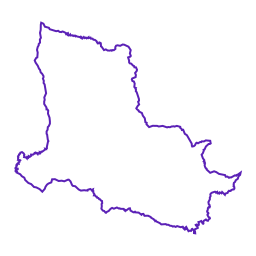 the district of Tha Wang Pha, Nan, Thailand
{"feature_id": "78962969B57935377717299", "entity_name": "Tha Wang Pha", "entity_type": "district", "adm_level": 2, "iso_a3": "THA", "parent_name": "Thailand", "parent_adm1": "Nan", "projection": "natural_earth1", "projection_center": [100.731, 19.144], "detail": "fine", "context": "isolated", "style": "outline", "palette": "violet", "viewbox_px": 256, "rotation_deg": 0, "n_neighbors": 0, "source": "geoboundaries", "source_scale": "gbopen_adm2", "svg_char_len": 5779}
<svg xmlns="http://www.w3.org/2000/svg" viewBox="0 0 256 256"><path d="M128.5,46.7L124.2,44.7L122.7,44.5L120.2,45.8L117.5,45.3L116.1,45.7L115.3,47.1L115.4,48.9L113.8,50.2L112.4,50.1L111.8,50.7L111.0,50.2L109.9,50.6L107.6,50.5L105.8,49.4L104.0,50.1L101.6,46.7L101.0,46.4L100.8,43.2L99.8,42.6L99.5,43.3L97.8,43.4L97.6,42.4L97.0,42.4L96.5,41.1L94.9,39.9L93.4,39.7L92.6,38.7L90.9,38.7L90.5,37.6L88.6,38.1L88.5,37.3L87.6,38.0L87.0,37.8L86.5,38.3L85.7,37.6L84.7,38.1L83.8,37.0L82.3,38.6L81.7,38.3L82.0,37.9L81.1,37.7L81.4,37.1L80.8,36.6L79.9,37.1L77.1,36.5L75.7,35.8L75.4,36.3L74.0,35.5L73.2,36.0L72.3,35.3L70.7,35.5L70.2,34.4L69.2,35.4L68.4,35.5L67.1,34.5L68.0,33.6L67.9,33.1L66.1,34.0L65.9,33.0L63.5,31.8L62.3,31.5L61.4,32.1L59.6,31.9L58.2,30.8L56.2,31.2L49.7,29.2L48.9,27.8L44.9,26.7L43.4,23.7L41.2,22.7L40.8,24.7L40.7,29.9L40.0,32.9L40.9,37.8L39.9,39.5L40.0,42.6L38.7,44.1L38.7,45.3L37.7,47.0L37.0,49.9L37.7,52.5L37.3,57.4L36.3,57.8L34.7,60.4L35.6,62.6L37.8,65.8L39.0,68.7L40.0,69.8L40.7,72.4L42.1,73.7L43.5,76.1L43.5,77.3L42.9,78.6L43.8,80.8L43.6,83.0L44.6,84.4L46.1,93.3L44.3,97.4L44.7,99.9L44.2,101.4L44.2,104.0L46.4,107.4L46.5,109.4L47.4,109.4L48.2,110.5L48.0,113.7L49.5,117.6L49.9,121.3L49.9,123.7L48.8,126.1L47.8,127.1L47.6,129.7L46.6,131.4L46.6,133.8L47.1,134.5L47.8,139.7L48.4,141.1L48.0,141.6L46.9,146.7L46.9,148.3L46.4,148.5L46.3,149.1L45.3,148.8L45.5,149.3L42.0,151.8L41.4,151.6L40.5,152.9L39.7,152.3L39.7,154.5L39.5,153.0L39.1,153.4L38.1,153.1L37.7,154.2L36.5,153.0L35.6,153.3L36.0,152.8L35.6,152.5L34.6,152.9L34.1,153.8L33.1,154.6L31.1,154.6L31.3,155.7L30.0,156.7L28.8,156.1L28.8,157.0L27.8,156.9L27.9,157.6L27.1,157.2L26.9,158.4L26.1,157.5L24.1,157.1L24.3,156.5L24.0,155.5L24.4,154.8L23.7,153.4L22.0,152.1L20.3,152.7L20.1,153.7L19.0,154.4L19.1,154.9L18.0,156.3L18.4,157.1L18.0,157.8L18.2,159.3L18.0,159.9L19.6,160.1L19.5,160.5L20.0,160.6L19.5,161.2L19.5,161.9L18.5,162.4L18.7,163.6L18.1,163.4L17.6,164.2L17.2,163.9L16.5,164.7L16.4,165.3L17.0,165.3L16.2,167.1L15.4,168.1L15.8,168.6L17.7,168.6L17.8,169.0L15.6,170.2L15.6,171.2L17.0,171.5L16.6,172.5L20.3,174.3L21.8,176.2L24.3,177.7L25.2,180.0L28.4,183.0L31.2,184.1L34.0,187.0L36.3,187.4L39.6,189.1L42.3,191.7L44.8,188.8L45.5,186.8L47.0,184.6L48.5,183.5L51.3,182.4L52.1,179.3L55.0,179.2L58.7,181.0L61.7,180.7L64.3,181.3L67.9,179.7L68.8,179.7L70.5,181.4L72.0,184.9L72.7,185.8L75.3,186.3L78.7,189.5L80.9,190.6L84.2,190.2L86.2,190.5L87.1,190.2L87.6,190.5L88.0,189.7L90.3,189.0L91.6,190.0L92.9,189.4L92.5,191.0L93.3,191.1L93.3,192.6L94.4,194.2L94.0,195.3L94.9,195.3L96.0,196.6L96.8,196.7L97.1,197.7L98.4,198.0L99.2,199.2L100.2,199.4L100.9,200.5L102.0,201.0L102.2,203.2L101.6,204.0L101.8,206.3L101.4,208.7L102.8,210.6L104.2,211.0L105.6,212.7L106.0,212.8L106.8,211.9L108.7,211.0L110.6,208.8L112.1,207.9L113.9,208.7L116.9,207.5L118.8,208.5L119.7,208.3L120.2,208.8L123.7,208.9L124.2,210.0L125.1,210.8L125.4,210.0L126.3,210.4L128.8,208.5L129.9,208.3L130.5,210.6L133.1,212.1L134.0,212.4L135.0,211.7L135.7,212.4L138.7,212.6L141.5,214.8L142.1,214.0L143.4,213.9L144.5,215.8L148.0,215.7L150.7,217.0L151.1,217.7L153.8,219.3L154.1,219.9L155.1,220.4L155.2,221.1L155.9,220.9L156.0,221.3L159.8,223.1L161.3,224.4L165.8,224.1L166.5,224.7L168.5,224.8L169.9,225.7L171.7,225.9L172.9,226.6L174.0,226.2L175.7,226.9L177.1,226.1L180.7,227.2L182.8,226.7L183.4,227.5L183.3,228.1L184.8,229.6L185.7,229.2L185.5,227.5L186.2,226.9L188.5,231.2L189.6,230.7L191.0,230.9L191.8,229.1L192.3,228.9L194.0,230.9L194.0,233.1L195.2,233.3L195.0,231.3L194.1,229.7L197.8,227.9L197.4,226.6L195.9,225.4L195.7,224.9L196.6,224.5L197.9,225.3L198.6,225.2L198.9,224.4L198.5,222.0L199.4,221.9L201.2,221.0L202.7,223.6L203.3,223.7L203.5,223.2L203.1,222.1L203.7,220.9L205.9,219.5L206.6,220.4L207.9,220.8L208.7,219.4L209.9,218.5L209.7,217.6L208.5,217.0L207.4,214.9L208.4,213.4L208.2,212.7L207.5,212.5L207.1,211.2L207.8,209.8L207.9,208.1L208.5,207.3L209.5,207.5L209.9,206.7L209.5,206.2L209.7,205.2L208.8,204.3L208.4,202.1L209.9,199.2L209.8,197.6L210.6,196.0L210.3,194.6L210.7,193.6L212.1,192.6L215.0,191.7L215.7,191.9L216.1,192.7L217.3,191.9L217.7,193.3L218.4,193.1L219.1,193.6L219.8,192.4L221.4,193.3L222.1,192.0L224.9,194.8L225.3,193.6L227.6,192.9L228.1,191.7L229.0,190.8L229.4,191.1L230.7,190.9L231.2,190.1L232.9,189.4L233.7,189.5L234.4,188.6L234.3,187.0L233.5,186.2L233.9,185.1L233.6,184.4L233.9,182.9L235.2,181.7L235.7,180.3L237.8,178.8L238.5,176.3L240.1,174.9L240.6,172.6L237.8,174.6L236.8,174.9L236.2,175.7L235.0,175.3L231.0,177.5L229.9,177.3L229.0,177.8L227.5,176.6L225.7,176.7L225.1,175.1L219.0,173.9L216.3,172.1L214.1,171.3L210.2,172.8L206.6,169.5L206.6,168.7L205.7,168.1L205.0,166.7L204.6,165.1L205.0,163.8L204.4,163.2L204.8,162.4L204.0,161.8L204.4,161.6L204.0,160.8L204.3,160.2L202.9,158.3L201.6,154.7L202.8,153.3L203.8,150.7L203.6,149.8L204.6,149.4L205.9,146.5L208.6,144.0L209.8,144.0L210.7,143.4L210.2,140.8L205.8,140.4L204.0,141.4L201.7,141.4L201.2,142.1L200.2,142.0L198.0,143.3L196.8,142.7L195.9,143.3L195.0,145.2L193.8,146.2L192.2,146.5L191.9,145.9L191.7,143.6L186.9,135.2L184.8,133.8L183.2,129.8L181.9,130.0L181.6,129.0L180.2,127.8L180.2,126.8L176.8,125.9L174.5,126.6L173.8,126.3L171.6,126.5L170.0,127.2L168.1,127.0L167.1,127.4L162.7,125.9L158.8,126.5L157.2,125.9L152.7,125.8L149.1,127.1L146.5,124.3L146.7,122.8L145.4,122.2L144.8,118.3L142.8,115.6L141.9,113.0L138.8,111.4L138.7,110.6L136.9,109.2L136.3,108.3L137.8,105.8L139.1,104.5L138.1,101.8L139.0,100.7L138.9,98.9L136.7,92.2L135.8,91.2L136.0,89.7L135.5,88.8L135.9,88.0L134.7,87.5L134.3,86.9L134.7,83.6L133.9,81.5L132.4,81.0L131.8,79.3L132.2,78.5L135.6,77.1L135.9,75.0L135.1,73.0L136.8,70.8L137.0,69.7L136.0,67.4L134.4,67.3L134.1,66.1L132.9,65.5L131.3,63.7L129.7,63.3L129.1,62.3L129.1,60.6L128.1,57.4L130.3,56.6L130.8,55.9L129.9,53.4L130.7,50.1L128.5,46.7Z" fill="none" stroke="#5b21b6" stroke-width="2"/></svg>